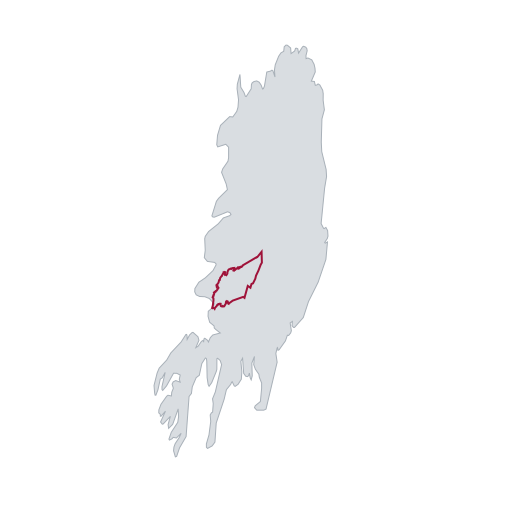 Húnavatnshreppur, Norðurland vestra, Iceland (highlighted), rotated 285°
{"feature_id": "244011B27584551294957", "entity_name": "Húnavatnshreppur", "entity_type": "district", "adm_level": 2, "iso_a3": "ISL", "parent_name": "Iceland", "parent_adm1": "Norðurland vestra", "projection": "equal_earth", "projection_center": [-19.834, 65.207], "detail": "medium", "context": "in_parent", "style": "outline", "palette": "rose", "viewbox_px": 512, "rotation_deg": 285, "n_neighbors": 0, "source": "geoboundaries", "source_scale": "gbopen_adm2", "svg_char_len": 5507}
<svg xmlns="http://www.w3.org/2000/svg" viewBox="0 0 512 512"><g transform="rotate(285 256 256)"><path d="M390.7,200.0L395.1,200.1L402.4,198.7L412.7,194.4L417.1,193.5L427.2,193.5L415.1,197.6L410.8,202.1L407.5,204.4L407.5,205.3L416.3,208.1L420.5,207.2L422.3,207.5L424.0,208.9L425.3,211.4L424.7,214.1L422.3,216.8L419.0,219.1L419.5,219.8L422.3,220.2L436.5,218.8L438.3,222.1L439.6,223.3L439.3,224.4L433.8,228.0L440.4,225.7L445.7,225.1L454.8,226.2L458.6,227.5L460.9,229.8L465.4,229.1L467.5,230.4L467.7,231.8L465.9,235.6L460.6,237.5L464.0,240.3L466.7,240.4L467.2,241.0L467.0,242.7L463.0,244.6L470.0,246.8L470.9,247.6L470.6,250.0L469.5,251.4L467.5,252.3L462.5,252.4L459.6,253.3L460.7,254.9L459.9,259.1L456.2,262.5L452.6,264.4L449.1,265.6L439.2,264.2L439.7,267.2L436.2,269.1L437.0,270.6L438.3,271.4L437.7,273.4L433.4,277.5L430.2,278.9L423.9,280.5L414.9,284.2L405.5,284.2L382.8,289.6L373.8,292.5L357.8,301.3L351.0,303.6L339.4,304.7L304.2,310.5L300.3,314.0L300.1,314.7L301.7,316.1L299.1,318.6L293.8,320.4L291.2,320.3L286.8,318.8L286.3,319.6L288.1,321.4L270.8,324.4L246.8,322.8L225.6,318.5L208.8,317.6L197.0,311.7L196.7,310.7L198.0,308.9L202.2,308.1L200.2,306.3L193.0,309.5L190.7,309.4L187.7,308.1L187.6,306.8L181.6,306.4L171.4,302.6L170.6,301.7L173.1,300.5L172.6,300.2L167.0,300.4L158.9,303.9L110.7,305.3L109.1,303.4L107.3,296.6L109.1,293.8L111.1,294.0L116.6,297.9L129.5,295.7L134.8,294.3L139.7,290.6L142.5,289.4L146.5,284.7L150.5,281.9L158.6,280.5L151.4,279.7L139.2,283.4L135.1,283.4L137.0,281.8L141.2,279.9L138.4,279.8L137.3,279.0L137.2,277.2L139.4,274.5L153.8,269.5L150.4,268.6L140.5,272.3L133.2,273.7L127.4,271.9L124.7,269.6L124.9,268.6L128.4,265.6L127.8,265.1L125.5,264.8L119.2,262.0L109.2,262.3L84.4,260.8L65.6,264.5L61.2,262.8L57.6,259.0L58.4,257.6L61.7,256.7L70.9,256.9L84.4,255.1L90.6,252.9L92.9,253.5L94.0,254.5L102.3,252.9L106.8,251.0L114.2,251.9L142.2,250.9L145.8,248.4L147.3,245.4L146.7,244.8L136.4,247.5L134.1,247.5L122.2,246.0L118.0,244.4L119.4,243.1L125.8,240.3L141.9,235.6L144.1,234.6L144.4,233.5L138.1,231.5L126.1,232.1L123.0,229.7L113.1,228.3L106.5,229.2L103.0,227.7L63.5,235.2L50.9,231.8L41.9,231.2L41.1,230.1L46.5,226.8L50.2,226.2L53.8,226.5L60.7,228.8L65.4,229.6L59.6,226.2L59.4,223.0L57.6,222.1L55.8,220.0L56.6,219.3L63.8,219.8L75.1,223.5L80.8,222.8L88.2,220.4L71.8,219.1L66.9,216.2L70.5,214.7L79.0,214.8L69.7,209.8L69.3,209.0L71.0,206.8L82.7,208.7L76.6,205.7L76.5,205.1L78.3,204.5L79.3,202.7L82.3,202.0L88.2,202.6L97.4,206.0L98.7,207.0L98.9,210.5L102.6,209.9L106.9,210.4L110.5,208.1L113.0,208.6L114.9,210.7L114.5,215.4L117.1,213.8L121.4,213.6L122.2,209.8L121.4,206.7L107.4,203.2L102.0,200.7L102.6,199.8L105.4,199.0L120.1,198.4L113.9,196.9L112.3,195.4L101.2,195.9L95.6,195.3L95.5,194.5L97.8,193.4L104.6,191.0L117.4,190.8L122.6,191.5L132.4,196.7L140.3,198.8L153.5,205.9L162.0,208.6L162.3,209.3L160.9,210.1L157.6,211.1L162.6,212.3L165.7,214.2L165.9,215.0L163.0,220.8L159.8,222.7L151.9,221.6L153.8,223.4L159.4,225.4L160.6,226.5L159.8,227.6L162.5,227.2L163.3,227.8L162.0,231.1L160.6,232.3L165.3,233.0L168.5,234.7L172.4,241.4L174.6,236.2L175.7,234.3L177.6,233.6L180.0,228.4L185.3,225.3L190.3,224.2L195.4,227.8L199.0,228.1L202.9,221.8L203.4,217.1L202.3,212.0L203.0,208.3L205.5,206.1L208.8,205.4L215.9,207.6L221.8,212.7L230.7,218.2L236.9,219.7L238.0,219.5L239.1,217.7L238.2,210.4L241.0,206.5L248.3,205.5L259.4,202.0L261.9,201.9L267.4,203.9L277.3,211.2L284.3,214.6L288.1,220.1L289.7,221.1L291.2,219.4L291.3,217.0L282.7,205.7L282.5,204.2L283.3,203.0L298.6,203.6L302.0,204.9L312.7,211.2L317.8,208.6L327.9,201.1L331.5,201.3L340.3,204.4L343.8,204.1L354.0,201.4L356.1,197.9L351.5,190.8L353.3,189.3L362.7,187.6L373.0,187.9L383.8,194.5L384.3,197.6L390.7,200.0Z" fill="#d9dde1" stroke="#a8b0b8" stroke-width="1"/><path d="M223.9,258.8L227.9,258.9L228.8,260.2L233.9,261.2L237.0,261.1L242.4,262.1L248.9,262.8L251.1,263.4L261.5,260.3L255.4,257.6L255.3,257.2L254.6,256.9L254.6,256.5L243.5,245.6L242.4,245.4L242.1,244.8L241.6,244.7L241.3,244.0L240.7,243.6L240.9,243.5L240.3,243.1L240.6,243.0L240.8,242.7L240.4,242.4L239.8,242.1L240.2,241.9L240.0,241.7L240.2,241.4L239.0,240.7L238.2,240.0L237.2,239.5L236.9,239.0L236.2,238.6L236.3,238.4L236.2,238.3L236.2,238.0L238.1,238.4L238.9,238.2L238.2,236.3L237.7,236.2L237.1,235.5L237.4,235.1L237.2,234.6L236.5,234.0L236.0,233.2L234.7,232.7L233.5,232.7L233.1,232.5L231.6,232.9L229.8,232.3L230.1,231.2L229.8,230.9L230.0,230.7L230.3,230.5L232.0,230.5L232.5,230.2L232.5,229.9L231.5,229.4L231.7,228.9L230.6,228.9L230.2,228.6L229.0,228.4L228.2,228.1L227.8,228.2L227.3,227.8L225.7,227.1L223.4,227.2L223.3,226.7L222.4,226.6L220.6,226.7L218.7,226.0L218.1,225.5L217.6,225.3L216.4,225.9L216.7,226.0L216.8,226.3L217.4,226.4L216.5,226.9L215.5,228.0L215.1,227.8L213.2,227.3L213.0,227.1L212.3,226.9L212.0,226.5L210.9,226.2L210.7,225.9L210.9,225.7L210.5,225.5L210.5,225.3L209.8,224.8L209.0,225.4L207.0,225.3L206.9,225.3L207.0,225.0L204.8,224.8L204.2,225.8L202.2,226.4L197.1,227.1L193.5,227.1L194.3,227.2L194.3,227.4L194.9,227.5L194.7,229.2L194.3,229.7L195.2,229.8L196.4,230.3L197.1,230.8L198.6,231.2L198.6,231.5L199.4,231.8L199.4,232.0L199.8,232.1L199.8,232.3L200.0,232.4L200.1,232.8L200.6,233.4L200.7,234.2L199.3,234.5L198.6,235.0L198.4,235.7L198.6,236.2L199.1,236.7L198.7,237.1L198.9,237.4L198.9,238.0L199.2,238.3L202.7,239.3L202.9,239.2L203.0,239.0L204.2,238.9L204.3,239.2L204.5,239.3L204.2,239.6L204.7,240.1L204.4,240.4L204.5,240.6L202.8,241.5L202.7,242.0L203.2,242.1L206.9,245.1L213.2,254.2L212.6,255.7L225.0,255.8L223.9,258.8Z" fill="none" stroke="#9f1239" stroke-width="2"/></g></svg>